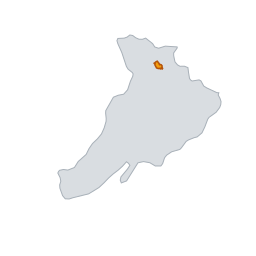 location of Villa Jaragua, Bahoruco, Dominican Republic, rotated 127°
{"feature_id": "3306468B1836648434057", "entity_name": "Villa Jaragua", "entity_type": "district", "adm_level": 2, "iso_a3": "DOM", "parent_name": "Dominican Republic", "parent_adm1": "Bahoruco", "projection": "orthographic", "projection_center": [-71.495, 18.534], "detail": "fine", "context": "in_parent", "style": "filled", "palette": "amber", "viewbox_px": 256, "rotation_deg": 127, "n_neighbors": 0, "source": "geoboundaries", "source_scale": "gbopen_adm2", "svg_char_len": 2832}
<svg xmlns="http://www.w3.org/2000/svg" viewBox="0 0 256 256"><g transform="rotate(127 128 128)"><path d="M45.6,168.0L45.8,159.1L47.2,155.4L45.9,151.6L40.2,147.5L36.8,142.3L33.7,137.6L34.4,136.9L40.6,136.7L42.8,135.0L46.9,130.3L47.8,126.5L47.4,123.6L44.7,120.1L43.7,116.5L47.0,113.3L51.4,108.7L52.0,106.9L51.9,105.1L46.8,100.2L46.5,98.1L48.9,92.8L48.6,89.3L46.3,78.3L45.2,76.7L47.4,75.8L48.9,72.5L50.9,69.6L53.5,68.0L56.5,67.1L62.4,67.1L70.7,69.7L73.0,69.6L80.9,67.3L87.4,66.0L93.5,67.4L96.0,69.4L101.1,72.5L103.7,73.5L111.7,73.4L113.9,73.7L120.7,78.8L126.4,80.8L129.7,80.9L135.6,78.9L138.5,78.9L141.9,83.3L142.6,89.7L145.5,95.4L149.8,99.1L171.1,97.3L175.9,100.3L174.3,102.8L171.3,104.2L161.2,103.7L156.7,104.0L155.9,106.5L155.9,108.9L161.8,109.4L167.6,110.5L173.6,112.2L179.6,113.4L186.4,114.2L193.1,115.4L204.3,119.8L216.8,130.0L220.1,132.3L222.3,135.5L221.4,139.5L217.1,146.1L214.6,148.3L211.0,149.6L208.5,152.3L206.2,156.9L204.7,157.3L203.0,157.2L200.0,154.6L197.8,150.7L191.8,147.0L184.7,147.6L174.3,145.5L168.0,146.7L161.7,147.0L155.2,145.9L148.7,145.6L142.2,147.1L135.9,149.5L133.6,151.1L129.6,154.8L127.5,156.2L112.2,158.2L107.7,155.5L103.6,151.8L97.7,151.3L89.2,154.2L83.9,155.3L81.7,156.5L81.1,157.9L81.0,163.2L79.8,166.3L71.5,178.3L66.8,186.8L64.9,189.4L62.6,190.0L58.5,185.1L55.9,183.4L52.6,182.5L51.3,179.9L51.3,176.2L50.5,172.7L48.5,169.9L45.6,168.0Z" fill="#d9dde1" stroke="#a8b0b8" stroke-width="1"/><path d="M57.0,144.9L57.2,145.0L57.3,145.0L57.5,145.1L57.8,145.3L58.0,145.4L58.4,145.5L58.6,145.6L58.8,145.6L59.0,145.7L59.4,145.7L59.5,145.7L59.8,145.8L60.1,145.9L60.2,146.0L60.4,146.0L60.6,146.1L60.7,145.9L60.7,145.7L60.7,145.4L60.6,145.2L60.5,144.9L61.0,144.8L61.1,144.7L61.4,144.4L61.5,144.2L61.7,143.9L61.8,143.8L61.8,143.7L61.9,143.4L62.0,143.2L62.2,142.8L62.3,142.7L62.4,142.4L62.4,142.2L62.5,142.0L62.5,141.9L62.7,141.7L62.8,141.6L62.8,141.4L62.8,141.2L62.8,140.9L62.7,140.8L62.7,140.7L62.5,140.4L62.5,140.2L62.4,140.1L62.4,139.8L62.3,139.7L62.2,139.4L62.0,139.2L61.9,139.1L61.7,139.1L61.5,138.9L61.4,138.8L61.4,138.7L61.3,138.4L61.3,138.1L61.4,137.9L61.3,137.7L61.1,137.5L61.1,137.4L60.9,137.3L60.7,137.4L60.5,137.6L60.4,137.7L60.2,137.7L60.1,137.4L60.1,136.9L60.1,136.7L60.3,136.3L60.3,136.2L60.0,136.2L59.8,136.2L59.6,136.2L59.5,136.4L59.4,136.5L59.3,136.8L59.2,137.0L59.0,137.3L58.9,137.5L58.7,137.7L58.5,137.8L58.4,137.8L58.2,137.9L58.0,138.0L57.9,138.1L57.8,138.3L57.8,138.5L57.7,138.6L57.7,138.8L57.6,139.2L57.5,139.3L57.5,139.5L57.6,139.8L57.7,140.0L57.8,140.1L57.8,140.3L57.9,140.5L58.0,140.6L58.3,140.6L58.5,140.8L58.5,141.0L58.4,141.0L58.2,141.2L58.1,141.3L57.9,141.5L57.9,141.8L57.9,142.0L57.7,142.1L57.6,142.3L57.6,142.5L57.6,143.0L57.5,143.4L57.4,143.5L57.3,143.8L57.2,143.9L57.2,144.0L57.2,144.3L57.1,144.5L57.0,144.8L57.0,144.9Z" fill="#f59e0b" stroke="#b45309" stroke-width="1.5"/></g></svg>